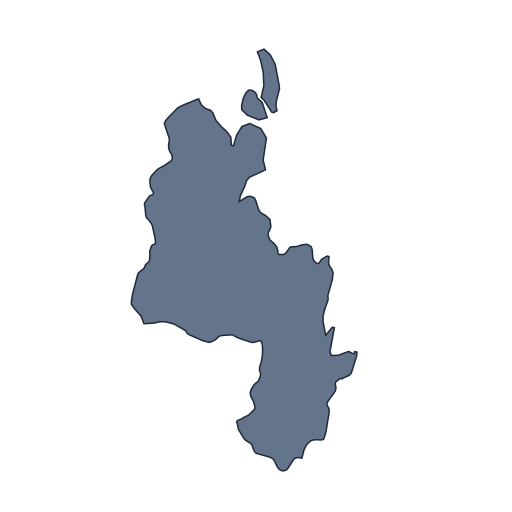 the Province of Krabi, rotated 193°
{"feature_id": "THA-382", "entity_name": "Krabi", "entity_type": "Province", "adm_level": 1, "iso_a3": "THA", "parent_name": "Thailand", "parent_adm1": "", "projection": "orthographic", "projection_center": [99.002, 8.071], "detail": "fine", "context": "isolated", "style": "filled", "palette": "slate", "viewbox_px": 512, "rotation_deg": 193, "n_neighbors": 0, "source": "natural_earth", "source_scale": "10m", "svg_char_len": 4044}
<svg xmlns="http://www.w3.org/2000/svg" viewBox="0 0 512 512"><g transform="rotate(193 256 256)"><path d="M347.0,396.1L346.7,395.3L342.7,390.5L338.3,388.4L332.9,387.7L330.2,385.7L325.6,379.2L318.9,374.3L312.4,370.6L307.2,366.0L304.9,358.3L302.8,358.3L302.0,369.8L298.8,379.1L291.9,383.7L280.0,381.3L272.4,373.3L270.6,351.0L266.1,342.2L280.0,331.3L282.1,327.3L282.7,321.0L284.8,310.9L284.5,305.2L278.1,311.7L274.9,313.0L270.7,312.3L269.0,310.4L263.8,301.8L261.4,299.3L256.0,297.7L250.6,294.7L248.1,287.9L248.5,284.5L249.1,282.4L249.3,280.5L248.1,277.6L245.8,274.7L240.4,271.7L237.8,269.5L235.9,266.0L235.3,263.6L234.0,262.6L229.7,263.6L227.6,265.5L225.2,271.5L224.0,272.8L218.9,274.2L213.9,277.1L209.1,278.9L204.4,277.6L202.8,275.1L200.5,267.6L198.9,264.7L194.7,262.2L192.8,263.6L191.9,266.3L190.8,268.2L186.5,272.0L184.7,271.9L184.0,267.0L183.1,264.0L178.8,259.6L177.1,256.9L176.3,250.4L177.1,233.9L175.9,229.4L177.1,218.6L177.1,212.8L176.0,207.5L170.3,194.4L165.6,203.8L163.5,203.8L162.4,179.3L160.1,176.0L153.7,177.7L144.1,183.9L140.5,182.8L138.3,182.8L138.3,185.1L136.0,185.1L135.4,181.2L136.8,163.3L138.5,160.5L144.0,156.4L144.4,155.7L144.5,155.7L146.4,155.5L149.9,151.4L150.0,150.3L149.9,148.9L148.6,146.2L148.3,142.7L149.4,139.4L152.3,133.0L153.4,129.9L153.7,127.8L153.2,126.7L152.5,125.8L151.0,124.3L150.4,123.4L149.6,120.1L148.3,101.4L148.5,95.9L149.0,92.5L149.9,91.9L151.0,91.5L156.1,90.5L158.4,89.8L160.4,88.7L161.5,87.6L162.7,86.0L164.5,82.7L165.6,77.7L165.8,69.3L169.5,69.1L171.9,68.2L172.7,67.4L173.3,66.5L173.8,65.5L177.0,56.4L178.2,54.5L179.0,53.8L180.0,53.2L181.1,52.8L182.3,52.6L183.6,52.8L184.8,53.1L186.2,53.9L187.7,55.2L192.3,60.9L193.0,61.6L194.2,62.3L195.7,62.8L198.3,63.2L210.5,63.7L212.1,64.1L213.5,65.2L215.4,67.6L217.1,70.6L218.2,71.5L219.6,72.4L224.3,73.9L225.9,74.9L227.5,76.3L234.1,83.1L236.4,88.1L237.1,89.1L237.4,89.9L237.4,90.8L236.8,91.6L236.0,92.3L235.0,92.9L233.2,94.2L231.8,95.8L227.5,99.3L223.3,105.7L222.9,106.6L222.9,107.8L223.2,108.9L225.2,112.9L227.1,115.4L228.9,117.3L229.8,118.8L230.4,120.0L230.8,121.2L230.9,122.4L230.8,123.9L230.6,125.2L229.0,129.9L227.9,131.8L226.4,133.4L225.8,134.3L225.4,135.4L224.8,139.4L224.8,140.7L225.0,142.0L225.4,142.9L226.6,144.9L227.0,145.9L227.5,148.4L227.1,153.8L227.3,159.4L228.2,164.8L229.4,169.5L230.3,171.7L231.4,173.7L232.3,174.2L233.5,174.3L238.5,171.4L239.7,171.0L242.2,170.9L253.9,172.0L257.4,172.7L260.6,173.8L261.8,173.7L271.0,171.0L272.9,170.1L274.0,169.3L276.5,165.5L277.3,164.8L281.5,161.4L284.4,161.3L288.7,161.5L303.1,164.2L305.7,165.2L307.3,166.9L308.2,167.5L319.8,171.1L321.7,171.3L328.6,171.5L331.8,171.1L335.6,170.0L340.1,167.7L350.0,164.8L354.0,170.9L355.0,171.9L362.8,177.5L365.7,180.1L366.7,181.2L367.3,185.0L367.7,190.5L367.1,212.0L366.5,213.4L363.8,217.0L362.9,218.0L362.5,218.5L362.3,219.1L361.6,222.8L360.8,223.9L359.6,225.6L359.0,226.7L358.8,227.6L359.5,232.7L360.6,237.0L360.3,240.9L360.0,242.6L359.1,243.7L356.9,245.2L357.1,247.1L358.2,250.3L363.6,261.7L365.1,263.9L368.4,266.8L370.2,267.9L371.1,268.6L371.8,269.5L372.4,270.4L375.4,279.3L376.1,280.4L376.4,281.6L376.2,283.3L374.0,288.7L373.3,290.2L372.6,291.2L371.6,291.8L370.5,292.3L370.1,293.3L369.9,294.2L374.1,299.0L375.7,303.1L376.6,306.9L376.3,309.0L375.5,311.4L371.9,317.6L370.7,319.1L365.9,323.3L360.0,329.7L359.6,330.9L359.5,332.4L360.5,334.9L361.3,336.2L362.2,337.2L363.0,337.9L363.7,338.7L364.3,339.6L365.3,341.6L365.7,342.7L366.1,343.9L366.5,349.4L367.3,351.6L374.8,363.8L375.1,364.9L374.7,366.9L373.4,369.9L365.5,382.8L361.7,386.1L348.1,395.8L347.1,396.0L347.0,396.1ZM273.0,399.7L283.2,409.6L286.6,411.6L286.7,423.7L290.1,436.0L295.2,447.1L300.5,455.3L294.7,459.4L287.1,455.0L280.4,447.0L271.8,427.5L270.7,424.2L271.0,412.6L270.4,406.9L268.2,402.2L269.1,401.5L269.5,401.2L269.9,400.8L270.7,399.7L273.0,399.7ZM302.8,395.3L303.9,399.7L303.9,406.1L302.7,412.3L300.5,416.0L297.6,416.6L294.7,415.8L292.4,414.2L291.4,412.7L290.6,410.6L288.7,409.2L286.4,408.2L284.5,407.0L276.2,393.3L283.7,389.3L296.2,391.3L302.8,395.3Z" fill="#64748b" stroke="#1e293b" stroke-width="1.5"/></g></svg>